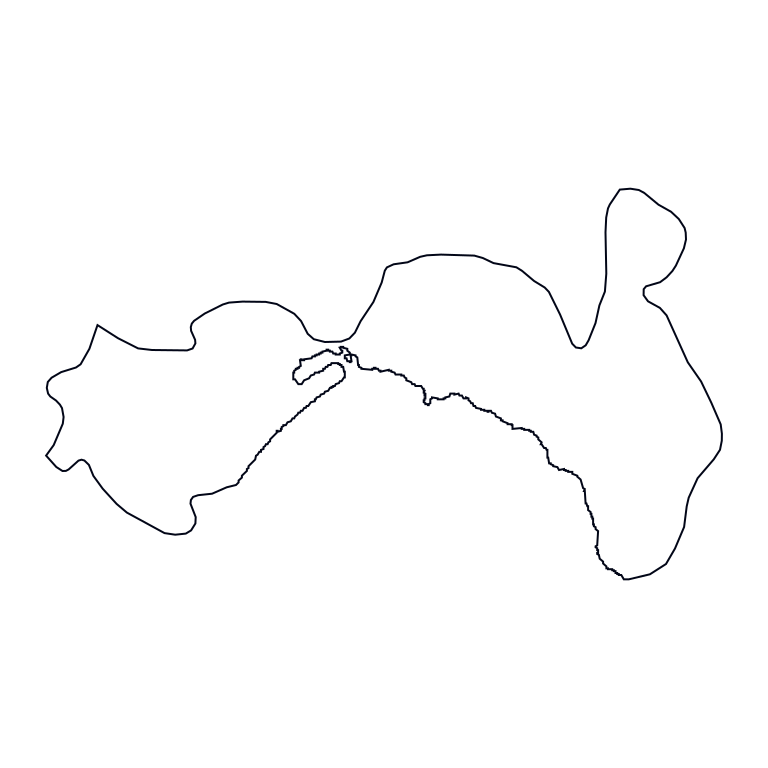 outline of Jaquimeyes, Barahona, Dominican Republic
{"feature_id": "3306468B18666570412255", "entity_name": "Jaquimeyes", "entity_type": "district", "adm_level": 2, "iso_a3": "DOM", "parent_name": "Dominican Republic", "parent_adm1": "Barahona", "projection": "robinson", "projection_center": [-71.041, 18.313], "detail": "fine", "context": "isolated", "style": "outline", "palette": "ink", "viewbox_px": 768, "rotation_deg": 0, "n_neighbors": 0, "source": "geoboundaries", "source_scale": "gbopen_adm2", "svg_char_len": 6065}
<svg xmlns="http://www.w3.org/2000/svg" viewBox="0 0 768 768"><path d="M658.5,204.7L644.2,192.9L638.8,190.0L630.4,188.7L619.8,189.6L609.8,204.5L608.0,208.4L606.2,217.5L605.5,232.3L606.3,273.7L604.9,291.6L599.4,305.4L595.5,323.1L588.6,340.3L585.7,345.3L581.3,348.3L575.9,347.5L572.2,343.7L560.1,314.6L548.9,291.9L544.7,287.5L534.1,281.0L522.1,270.9L516.4,267.3L493.5,263.1L482.8,258.0L474.3,255.6L441.0,254.6L426.9,255.3L420.2,256.8L407.6,262.3L393.6,264.3L386.9,267.4L384.8,270.7L381.7,282.5L373.4,302.0L360.6,321.2L354.9,332.7L349.3,338.5L341.0,341.6L324.9,342.0L313.8,339.2L307.7,333.8L301.1,321.1L294.3,313.8L276.7,304.0L265.7,301.9L242.6,301.6L229.0,302.6L222.8,304.5L204.8,313.5L194.1,320.8L191.8,323.6L190.8,327.1L191.1,330.8L195.1,339.8L195.4,343.4L192.6,348.5L187.1,350.4L152.0,350.0L138.1,348.4L118.0,338.2L97.5,325.1L89.4,348.8L80.6,364.3L76.0,367.5L61.2,372.1L51.6,377.7L47.8,382.0L46.8,387.9L48.1,393.6L50.3,396.5L56.0,400.5L59.9,404.6L62.0,408.1L63.6,417.0L62.8,423.7L53.7,445.1L46.1,455.6L56.3,467.0L62.5,471.0L65.9,470.9L68.7,469.4L78.5,460.6L81.5,459.7L84.4,460.5L88.9,464.9L93.4,475.9L102.7,488.7L116.6,503.9L126.9,512.6L164.5,533.1L175.2,534.7L185.8,533.6L191.1,530.4L195.4,523.5L195.7,517.1L190.5,503.7L190.9,500.0L193.1,496.9L198.1,495.2L212.1,493.7L226.7,487.3L236.0,485.0L238.6,482.4L238.6,480.5L241.9,477.6L241.9,475.7L246.9,470.9L246.9,469.0L248.5,468.1L248.5,466.2L255.2,459.5L256.0,455.7L257.6,454.7L259.3,451.8L261.0,451.8L261.0,449.9L263.5,449.0L263.5,447.1L265.1,446.1L265.9,444.2L267.6,444.2L268.4,442.3L270.1,441.3L270.1,439.4L276.7,432.8L276.7,430.8L277.6,430.8L277.6,431.8L280.9,430.8L280.9,428.9L281.7,428.9L281.7,427.0L283.4,426.1L283.4,425.1L285.9,425.1L287.5,422.3L290.8,421.3L292.5,418.4L294.2,418.4L295.0,416.5L297.5,414.6L298.3,412.7L300.0,412.7L300.8,410.8L302.5,410.8L304.1,407.9L305.8,407.9L306.6,406.0L308.3,406.0L310.8,402.2L314.9,401.3L314.9,399.3L315.8,399.3L316.6,397.4L319.9,396.5L320.7,394.6L324.1,393.6L324.9,391.7L328.2,390.8L329.9,387.9L331.5,387.9L331.5,386.9L333.2,386.9L333.2,386.0L334.9,386.0L335.7,384.1L339.0,383.1L339.8,381.2L341.5,381.2L344.0,377.4L344.8,377.4L344.8,371.7L344.0,371.7L343.2,366.9L341.5,366.9L341.5,365.0L339.8,365.0L339.8,364.0L338.2,364.0L338.2,363.1L331.5,363.1L330.7,365.0L328.2,365.0L327.4,366.9L325.7,366.9L324.9,368.8L323.2,368.8L323.2,370.7L319.1,371.7L319.1,372.6L314.9,372.6L314.1,374.5L310.8,375.5L309.1,378.3L304.1,380.3L301.7,384.1L298.3,384.1L295.0,379.3L293.3,379.3L293.3,372.6L294.2,372.6L294.2,370.7L295.8,369.8L295.8,368.8L297.5,368.8L297.5,367.8L299.1,367.8L299.1,366.9L300.8,365.9L300.0,360.2L300.8,360.2L300.8,359.3L301.7,359.3L301.7,360.2L304.1,360.2L304.1,359.3L311.6,358.3L312.4,356.4L314.9,356.4L314.9,355.4L316.6,355.4L316.6,354.5L319.1,354.5L319.1,353.5L320.7,353.5L320.7,352.6L322.4,352.6L322.4,351.6L326.6,350.7L326.6,349.7L328.2,349.7L328.2,350.7L329.9,350.7L329.9,351.6L332.4,351.6L333.2,353.5L335.7,353.5L335.7,354.5L339.8,354.5L339.8,353.5L342.3,352.6L342.3,350.7L341.5,350.7L339.8,347.8L340.7,347.8L340.7,346.9L343.2,346.9L343.2,347.8L347.3,348.8L347.3,350.7L349.8,352.6L349.8,354.5L344.8,355.4L344.8,358.3L346.5,358.3L347.3,361.2L349.8,361.2L349.8,362.1L350.6,362.1L350.6,361.2L351.5,361.2L350.6,355.4L351.5,355.4L351.5,354.5L355.6,355.4L355.6,356.4L357.3,357.4L358.1,365.0L358.9,365.0L358.9,366.9L361.4,367.8L361.4,368.8L372.2,369.8L372.2,368.8L373.9,368.8L373.9,367.8L375.5,367.8L375.5,368.8L378.0,368.8L378.9,370.7L380.5,370.7L380.5,371.7L388.8,369.8L388.8,370.7L391.3,370.7L391.3,371.7L394.6,372.6L395.5,374.5L401.3,374.5L401.3,375.5L403.8,375.5L404.6,377.4L406.3,378.3L406.3,380.3L411.3,382.2L412.1,384.1L414.6,384.1L415.4,386.0L421.2,386.0L422.9,388.8L423.7,388.8L423.7,390.8L424.5,390.8L423.7,392.7L425.4,393.6L425.4,394.6L424.5,394.6L424.5,395.5L425.4,395.5L425.4,398.4L424.5,398.4L424.5,400.3L423.7,400.3L423.7,402.2L425.4,403.2L425.4,404.1L427.9,404.1L427.9,405.1L428.7,405.1L428.7,404.1L430.3,403.2L430.3,399.3L432.0,398.4L432.0,397.4L437.8,398.4L437.8,399.3L443.6,399.3L443.6,398.4L445.3,398.4L445.3,397.4L449.4,396.5L450.3,393.6L454.4,393.6L454.4,394.6L458.6,393.6L459.4,395.5L461.9,395.5L463.5,398.4L466.1,398.4L466.1,397.4L468.5,398.4L468.5,400.3L470.2,401.3L471.0,403.2L472.7,403.2L473.5,406.0L475.2,406.0L476.0,407.9L481.0,408.9L481.0,409.8L484.3,409.8L484.3,410.8L487.6,410.8L487.6,411.8L488.5,411.8L488.5,410.8L491.0,410.8L491.8,412.7L495.1,413.7L495.9,416.5L500.9,418.4L500.9,420.3L502.6,420.3L502.6,421.3L507.6,423.2L507.6,424.2L511.7,424.2L511.7,425.1L512.5,425.1L512.5,428.9L521.7,428.0L521.7,428.9L524.2,428.9L524.2,429.9L529.2,429.9L529.2,430.8L530.8,430.8L530.8,431.8L533.3,431.8L534.1,434.7L536.6,435.6L536.6,436.6L538.3,437.5L538.3,439.4L541.6,442.3L540.8,444.2L541.6,444.2L544.1,448.0L545.8,448.0L546.6,449.9L547.4,449.9L547.4,457.6L548.2,457.6L549.1,463.3L550.7,463.3L550.7,464.2L553.2,465.2L553.2,466.2L557.4,467.1L559.0,470.0L564.0,469.0L564.0,470.0L565.7,470.0L565.7,470.9L568.2,470.9L568.2,471.9L572.3,471.9L572.3,473.8L577.3,475.7L577.3,476.7L580.6,479.5L583.1,488.1L584.8,489.1L584.0,491.0L584.8,491.0L585.6,503.4L586.4,503.4L587.3,506.2L588.1,506.2L588.1,510.1L590.6,512.0L590.6,513.9L591.4,513.9L591.4,516.7L592.3,516.7L592.3,518.6L593.1,518.6L593.1,524.4L593.9,524.4L593.9,526.3L595.6,527.2L595.6,529.1L598.1,531.1L597.2,545.4L595.6,546.3L595.6,547.3L597.2,548.2L597.2,550.1L598.1,550.1L598.1,553.0L597.2,553.0L597.2,554.0L598.9,554.9L599.7,558.7L603.1,561.6L603.1,563.5L606.4,566.4L606.4,568.3L608.0,568.3L608.0,569.2L612.2,569.2L612.2,570.2L613.8,570.2L613.8,571.1L615.5,571.1L615.5,573.0L617.2,573.0L617.2,574.0L618.8,574.0L618.8,575.0L621.3,575.0L623.8,579.3L628.9,579.3L649.9,574.3L666.0,564.0L675.0,548.5L684.1,527.0L686.7,506.4L688.7,497.7L697.6,478.2L713.8,459.3L720.0,449.8L721.8,440.7L721.9,433.7L720.7,424.4L711.3,402.7L701.1,381.5L687.8,362.3L666.6,315.4L659.9,307.9L648.0,301.3L643.6,295.2L643.7,289.2L646.1,286.3L660.1,282.2L666.6,277.3L672.4,271.0L675.9,265.6L683.9,248.3L686.0,239.5L685.7,232.6L684.6,228.0L678.8,219.0L671.1,211.8L658.5,204.7Z" fill="none" stroke="#020617" stroke-width="2"/></svg>